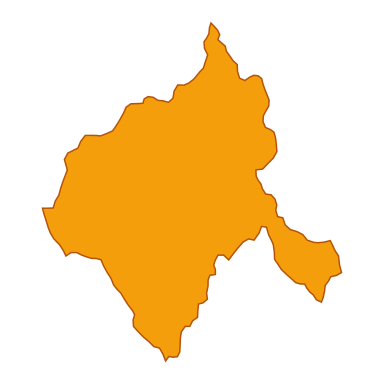 Pratápolis, Minas Gerais, Brazil (Natural Earth projection)
{"feature_id": "56859067B63533923209716", "entity_name": "Pratápolis", "entity_type": "district", "adm_level": 2, "iso_a3": "BRA", "parent_name": "Brazil", "parent_adm1": "Minas Gerais", "projection": "natural_earth1", "projection_center": [-46.849, -20.783], "detail": "fine", "context": "isolated", "style": "filled", "palette": "amber", "viewbox_px": 384, "rotation_deg": 0, "n_neighbors": 0, "source": "geoboundaries", "source_scale": "gbopen_adm2", "svg_char_len": 2495}
<svg xmlns="http://www.w3.org/2000/svg" viewBox="0 0 384 384"><path d="M42.5,208.2L44.0,214.0L46.2,220.9L48.4,228.0L50.3,232.8L53.7,238.6L59.7,244.9L63.6,251.0L65.9,256.0L70.9,252.6L76.8,252.6L81.1,254.8L85.5,256.5L91.2,258.3L96.4,258.5L101.0,259.8L103.8,266.3L107.2,272.5L111.1,278.5L113.6,284.9L116.9,289.1L120.9,293.2L124.3,299.0L128.3,305.2L132.6,310.7L134.6,314.7L133.1,320.0L133.5,326.4L138.1,331.6L143.1,336.7L148.8,341.5L153.8,346.6L159.5,348.1L163.0,354.2L165.6,361.0L168.8,356.5L172.8,357.2L177.4,356.7L179.8,351.8L180.1,345.3L180.4,338.1L181.3,331.9L185.2,326.4L189.8,326.4L192.6,320.8L197.5,317.3L197.9,309.9L198.5,304.1L203.1,302.8L207.4,299.2L206.6,293.2L208.0,286.2L208.1,280.0L209.9,275.3L215.4,274.5L215.4,269.5L213.7,265.2L215.2,260.3L218.0,255.1L223.7,255.1L228.7,259.9L233.3,253.8L237.9,248.0L243.3,241.9L248.6,238.9L254.1,240.1L259.2,232.8L261.5,226.4L266.5,227.2L268.7,235.0L271.1,239.6L273.2,244.3L274.3,251.6L274.6,259.4L277.8,264.0L281.3,269.4L286.1,274.0L291.7,279.0L295.7,282.6L299.9,283.9L304.7,284.1L307.0,288.4L309.7,291.9L313.2,294.8L316.4,299.8L321.4,302.1L323.2,297.4L324.6,290.9L325.2,285.4L328.6,280.9L330.7,276.7L336.6,275.4L341.5,272.5L339.5,264.7L338.5,256.0L334.8,250.2L332.6,245.3L330.2,240.6L323.9,242.2L318.2,242.7L313.9,242.4L307.3,240.2L302.7,234.5L297.0,231.6L290.2,229.5L285.2,224.9L282.8,217.8L277.6,216.6L275.8,210.3L276.8,205.0L275.0,199.2L271.1,194.8L265.6,194.0L262.3,188.6L260.9,183.9L258.2,180.3L256.2,176.2L255.9,169.9L262.6,169.1L268.2,163.2L273.2,158.2L276.9,151.6L276.3,144.6L275.6,138.0L273.9,132.1L270.4,129.6L265.4,127.4L263.0,121.5L263.4,115.7L265.5,111.6L268.7,106.1L269.1,100.2L267.1,95.0L264.7,89.1L263.0,84.1L261.7,78.7L258.2,75.8L254.0,75.3L250.1,76.9L244.9,80.5L239.6,78.2L237.5,71.5L237.2,64.5L232.9,60.6L229.6,55.6L226.5,51.5L225.2,46.1L221.3,42.7L217.8,39.6L219.7,34.7L217.6,30.3L214.5,26.7L211.0,23.0L209.5,27.5L208.9,33.8L206.6,38.1L204.0,41.9L204.5,48.4L207.7,54.9L205.1,62.6L203.4,68.1L199.9,71.7L196.6,75.8L193.7,79.2L189.0,82.9L184.0,85.2L177.8,84.9L174.1,91.2L173.0,98.2L168.5,102.3L162.8,100.8L157.8,100.3L153.2,97.3L148.1,96.6L144.2,98.9L142.9,103.3L137.7,103.6L130.9,103.8L126.1,107.2L123.5,113.2L119.3,120.7L115.6,126.6L112.6,130.9L106.6,133.6L100.6,135.9L96.4,135.5L91.2,135.4L85.3,135.4L80.7,141.4L77.9,148.1L72.9,150.6L67.8,153.1L64.4,159.5L66.1,165.5L67.3,169.9L65.6,174.6L63.2,180.8L60.6,188.5L58.8,195.3L55.2,201.2L53.2,208.0L48.1,208.2L42.5,208.2Z" fill="#f59e0b" stroke="#b45309" stroke-width="1.5"/></svg>